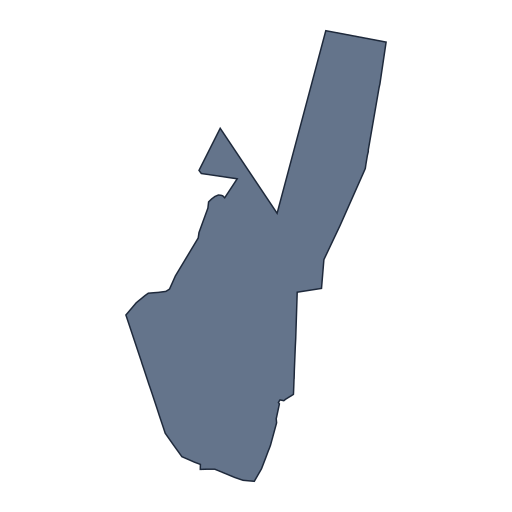 the district of San Martín Tilcajete, Oaxaca, Mexico
{"feature_id": "50627088B8029202645332", "entity_name": "San Martín Tilcajete", "entity_type": "district", "adm_level": 2, "iso_a3": "MEX", "parent_name": "Mexico", "parent_adm1": "Oaxaca", "projection": "equal_earth", "projection_center": [-96.696, 16.879], "detail": "fine", "context": "isolated", "style": "filled", "palette": "slate", "viewbox_px": 512, "rotation_deg": 0, "n_neighbors": 0, "source": "geoboundaries", "source_scale": "gbopen_adm2", "svg_char_len": 1340}
<svg xmlns="http://www.w3.org/2000/svg" viewBox="0 0 512 512"><path d="M220.2,128.3L199.0,170.4L201.3,173.5L237.2,178.8L224.7,197.8L222.7,195.8L221.1,195.3L218.4,195.0L214.9,196.5L211.7,198.9L208.6,201.9L207.9,208.1L199.0,232.5L198.2,238.0L175.4,275.9L172.3,282.9L169.5,289.1L165.9,291.4L162.0,291.9L158.4,292.4L154.2,292.7L148.3,293.2L145.1,295.5L136.4,302.6L125.9,315.0L140.2,357.9L141.2,360.8L142.0,363.5L143.6,368.2L146.6,377.3L147.6,380.3L148.8,384.0L150.1,387.7L152.0,393.3L157.1,408.7L159.3,415.5L163.5,428.0L165.2,433.2L166.1,434.5L173.7,445.3L179.4,453.2L181.9,456.7L182.2,456.8L189.1,459.8L194.5,462.2L194.8,462.3L200.4,464.4L200.3,468.5L200.3,469.4L206.8,469.2L214.8,469.2L234.6,477.4L240.4,479.4L243.1,480.3L254.3,481.3L261.5,468.8L264.8,460.2L265.7,457.9L268.4,450.6L269.1,449.0L269.7,447.4L270.5,445.2L276.6,422.8L276.2,418.6L276.5,417.5L278.1,410.0L278.6,407.7L279.4,403.9L278.4,402.4L279.1,401.3L280.0,399.9L283.8,400.7L285.8,399.1L293.4,394.4L293.5,393.1L293.8,385.5L294.0,379.2L294.1,378.7L294.2,375.8L294.3,372.2L294.3,371.3L294.6,363.8L295.3,346.5L295.7,339.0L297.2,292.2L313.2,289.7L321.5,288.4L323.9,259.6L340.1,225.4L363.6,172.4L365.3,168.5L365.9,164.3L367.4,155.3L368.3,151.6L368.3,149.9L379.1,87.5L379.9,84.0L386.1,42.1L325.8,30.7L277.1,213.3L220.2,128.3Z" fill="#64748b" stroke="#1e293b" stroke-width="1.5"/></svg>